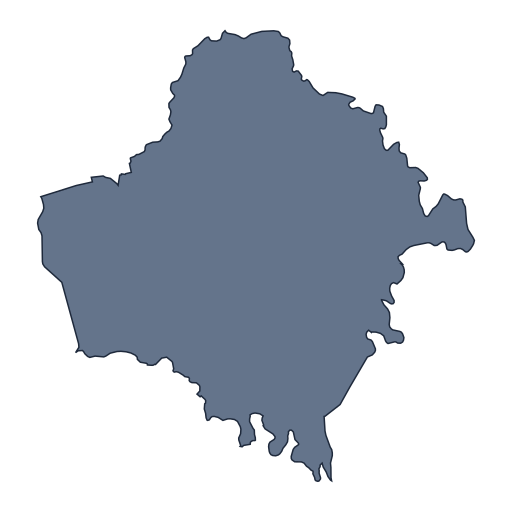 Ryde, New South Wales, Australia (Mercator projection)
{"feature_id": "25037944B17324059091414", "entity_name": "Ryde", "entity_type": "district", "adm_level": 2, "iso_a3": "AUS", "parent_name": "Australia", "parent_adm1": "New South Wales", "projection": "mercator", "projection_center": [151.114, -33.801], "detail": "fine", "context": "isolated", "style": "filled", "palette": "slate", "viewbox_px": 512, "rotation_deg": 0, "n_neighbors": 0, "source": "geoboundaries", "source_scale": "gbopen_adm2", "svg_char_len": 6022}
<svg xmlns="http://www.w3.org/2000/svg" viewBox="0 0 512 512"><path d="M190.2,55.7L185.8,56.0L185.0,56.5L184.7,57.6L185.9,61.9L185.8,64.1L183.8,68.0L181.9,74.2L180.5,77.2L178.0,80.7L172.4,82.5L171.3,84.0L170.6,88.0L170.7,89.9L172.8,93.5L174.4,95.0L174.6,96.0L174.0,97.7L169.5,102.5L168.9,103.6L169.0,107.4L170.5,109.9L170.9,111.8L170.4,114.9L168.9,119.1L170.0,121.8L172.0,125.1L170.9,128.6L168.9,131.1L167.0,132.1L165.0,133.9L162.8,136.5L162.2,138.6L160.0,141.2L157.7,141.9L152.7,142.2L146.4,144.7L145.4,146.5L145.1,147.8L145.1,149.8L144.3,151.6L138.9,154.4L136.5,154.6L134.5,156.4L130.5,157.9L130.3,158.7L131.0,161.1L130.3,163.0L129.4,163.4L131.3,172.4L125.7,173.7L125.2,174.4L121.4,173.9L121.3,174.8L119.7,175.2L118.1,185.3L116.9,183.7L110.4,178.4L105.6,177.4L103.2,176.0L91.3,177.3L92.4,181.9L76.3,185.5L40.8,196.7L41.8,198.4L43.5,204.6L43.8,208.2L42.7,211.7L38.2,219.5L37.6,223.1L38.8,229.5L41.0,232.6L42.0,235.8L42.4,261.5L42.8,263.9L44.6,266.8L61.8,282.3L78.6,343.7L78.9,347.3L75.6,352.6L78.1,350.8L82.5,350.5L83.8,351.9L84.8,353.7L87.6,356.4L89.8,357.4L95.1,356.1L103.8,356.9L105.8,356.1L110.2,353.2L117.0,351.5L120.9,351.3L126.2,351.8L130.9,353.0L135.3,355.2L137.2,357.2L137.4,359.4L140.3,362.2L146.5,363.3L147.3,363.9L147.4,365.0L152.1,365.3L153.4,365.1L154.7,364.3L155.5,364.5L161.7,358.1L166.7,357.2L171.9,361.4L172.5,362.4L173.7,368.8L173.0,370.8L173.6,371.7L174.3,372.1L176.3,371.7L178.4,372.2L183.1,375.1L184.8,376.6L188.6,377.3L189.4,378.5L189.2,380.6L190.0,381.7L191.8,382.6L196.4,382.8L199.4,385.4L199.9,386.9L199.8,391.0L197.0,394.1L200.1,396.8L201.2,395.9L205.0,399.4L205.7,400.6L205.5,403.2L204.7,403.8L204.3,409.0L205.6,413.3L206.1,417.8L207.1,420.2L207.7,420.4L209.4,419.8L210.7,417.7L212.0,416.6L214.2,416.4L218.2,417.4L222.9,420.4L227.6,418.9L230.2,418.8L234.5,419.5L237.5,421.4L240.3,426.7L240.9,429.3L240.6,433.7L238.7,438.0L238.8,440.0L240.7,445.6L240.1,446.4L242.1,446.8L243.7,445.4L250.2,444.3L250.4,442.3L251.1,441.5L252.8,440.6L254.9,440.6L255.4,440.2L255.3,437.6L254.5,434.6L254.3,430.0L253.0,428.3L249.6,421.7L249.6,418.9L250.2,416.3L250.0,414.9L252.1,413.6L255.0,413.0L259.8,413.8L263.1,415.9L262.2,418.0L261.9,420.3L263.7,425.1L263.1,425.7L265.1,428.9L272.9,433.9L275.0,436.6L275.0,438.0L274.2,439.4L270.0,442.1L268.9,444.1L268.6,446.7L269.2,451.2L269.7,452.8L270.9,454.6L272.7,455.5L275.7,455.8L278.4,454.9L279.9,453.7L281.7,451.3L282.9,448.4L285.8,444.8L287.5,441.8L287.9,438.5L287.7,435.9L288.5,433.6L288.4,431.7L289.9,430.1L291.5,430.2L293.3,431.9L295.0,439.6L298.3,443.0L298.7,444.1L298.1,445.0L294.7,447.3L293.2,449.4L291.2,456.4L291.3,458.5L292.0,459.9L294.7,461.8L301.4,461.9L304.1,463.1L306.5,466.2L308.7,467.7L311.1,470.2L312.9,471.1L313.1,471.9L312.9,473.8L314.6,477.4L315.1,479.9L316.0,480.8L317.9,481.3L319.1,480.9L320.5,478.9L320.5,477.7L319.1,473.1L319.2,470.7L318.9,468.8L320.1,466.7L320.1,465.1L322.1,463.1L323.2,467.0L326.2,472.0L328.0,476.6L330.5,480.1L331.6,480.8L331.0,477.7L330.9,467.5L330.5,463.0L332.3,455.6L332.3,452.8L331.7,449.6L330.2,447.1L325.9,435.3L325.0,431.0L324.1,416.4L325.1,416.2L340.1,404.5L349.9,386.9L367.4,357.0L372.3,354.9L374.7,352.2L375.4,350.5L375.4,348.8L372.4,341.6L371.0,340.0L367.8,339.0L366.6,337.3L366.1,334.3L366.7,332.2L368.6,330.2L371.4,332.4L371.5,332.0L376.0,332.1L380.5,333.4L383.7,335.8L385.6,341.0L386.6,342.5L388.0,343.5L394.8,341.8L395.8,341.9L397.8,343.1L400.7,343.2L402.6,342.0L403.5,340.2L403.9,337.6L402.6,333.9L401.4,332.2L399.8,331.4L392.8,329.9L391.3,328.9L389.7,326.9L389.2,324.5L389.9,317.7L389.4,312.5L387.6,309.0L383.9,304.8L381.5,300.1L381.5,299.7L382.9,299.9L386.4,300.8L390.4,303.5L391.5,303.9L393.1,303.7L394.1,302.4L394.1,300.5L391.6,296.0L389.8,291.1L389.7,288.1L390.3,285.5L391.5,283.6L393.6,282.6L397.0,284.0L400.9,280.5L402.9,277.7L404.3,272.5L404.2,269.8L403.5,267.2L402.5,265.3L401.1,263.9L402.4,264.0L399.1,260.4L398.2,258.7L398.0,256.7L399.5,255.3L402.1,254.1L406.1,249.6L409.8,246.9L413.8,245.5L427.3,242.8L429.2,242.8L430.9,243.4L434.2,245.5L435.7,245.5L437.1,245.3L441.7,242.1L442.8,241.8L444.4,242.1L445.3,243.1L446.0,244.5L446.9,249.0L448.0,250.0L452.1,250.4L454.4,249.9L457.8,248.6L460.5,248.5L462.7,249.5L465.5,251.8L466.7,252.0L468.0,251.5L470.4,249.1L472.7,245.5L473.6,243.7L474.4,240.4L472.9,237.3L468.0,229.5L466.6,223.4L465.3,206.9L462.9,202.1L462.8,200.1L461.9,199.2L459.9,198.8L455.6,200.0L453.6,199.9L451.4,198.9L447.6,195.6L444.7,194.1L443.7,194.0L442.8,194.9L438.2,203.9L436.1,206.4L432.8,208.9L428.5,215.6L427.2,216.5L425.2,216.0L423.7,213.5L422.4,208.5L420.2,204.8L419.3,201.4L418.7,195.3L420.3,188.9L420.4,187.4L418.1,182.3L418.6,181.3L420.0,180.8L424.2,181.0L426.5,180.3L427.4,179.4L427.3,177.8L423.4,172.8L417.9,168.3L415.6,167.5L409.8,167.7L408.2,167.0L407.6,166.0L406.8,158.2L405.7,154.9L404.8,154.0L400.7,152.8L399.2,150.9L399.0,148.1L399.4,144.5L398.7,142.2L396.8,142.5L393.6,144.3L387.8,150.3L386.2,150.3L384.4,148.7L383.0,144.9L382.5,141.0L382.9,138.6L382.7,137.4L380.5,132.8L379.7,130.1L379.9,128.8L380.8,128.2L383.1,128.9L384.8,128.6L385.8,126.9L386.4,124.7L386.4,116.2L383.7,112.2L383.4,108.6L382.5,106.5L379.0,105.0L376.1,104.8L375.1,106.3L373.5,112.7L372.5,113.4L371.1,113.6L363.3,110.9L360.2,108.2L358.9,107.6L357.6,107.5L352.8,108.8L350.7,108.0L348.8,105.4L348.7,104.4L350.0,102.3L353.2,100.8L355.1,98.9L354.9,98.3L352.8,97.2L341.9,93.9L335.6,92.7L327.7,92.4L323.0,95.5L319.4,94.0L313.0,87.9L309.2,81.5L307.4,79.8L306.7,79.6L305.3,80.7L303.8,81.2L301.9,80.2L301.3,79.2L301.8,76.5L301.5,75.4L298.2,71.1L296.4,70.9L294.1,72.1L292.6,71.4L292.1,68.9L293.6,65.6L293.7,64.6L292.8,59.7L291.6,56.0L291.8,53.0L291.2,51.7L289.8,50.6L289.0,47.7L289.0,46.5L289.9,43.7L289.6,40.1L287.9,38.2L283.0,36.8L281.2,35.8L279.7,32.8L278.3,31.5L273.7,30.8L261.8,31.4L251.1,34.2L246.0,37.9L243.9,38.6L241.5,37.9L238.4,36.0L235.1,34.6L227.6,33.3L226.1,32.3L225.0,30.7L222.5,33.3L221.0,38.5L220.1,39.7L216.6,41.1L211.4,40.8L210.0,39.8L208.6,37.2L207.1,37.3L204.8,38.7L197.9,45.8L193.3,48.7L192.5,50.1L192.6,53.6L192.1,54.6L190.2,55.7Z" fill="#64748b" stroke="#1e293b" stroke-width="1.5"/></svg>